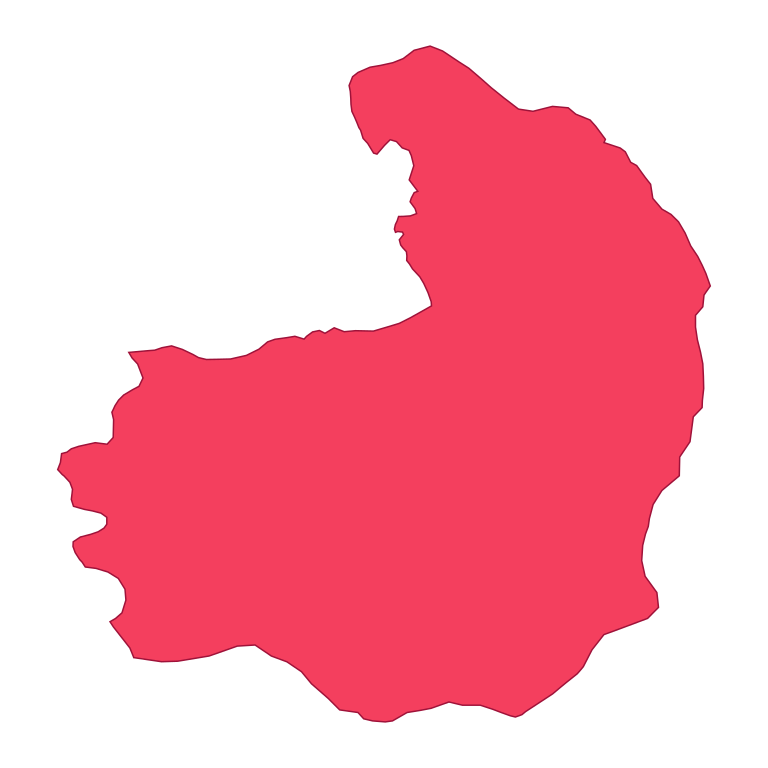 the district of Kerouane, Kérouané, Guinea
{"feature_id": "49546643B6018429350706", "entity_name": "Kerouane", "entity_type": "district", "adm_level": 2, "iso_a3": "GIN", "parent_name": "Guinea", "parent_adm1": "Kérouané", "projection": "orthographic", "projection_center": [-9.183, 9.346], "detail": "fine", "context": "isolated", "style": "filled", "palette": "rose", "viewbox_px": 768, "rotation_deg": 0, "n_neighbors": 0, "source": "geoboundaries", "source_scale": "gbopen_adm2", "svg_char_len": 3029}
<svg xmlns="http://www.w3.org/2000/svg" viewBox="0 0 768 768"><path d="M705.8,292.4L710.3,286.0L705.9,273.5L702.2,265.3L697.7,256.4L690.7,245.9L685.1,233.0L678.5,221.8L671.0,214.4L662.0,209.2L652.8,198.4L650.6,184.3L645.2,177.4L641.2,171.9L636.7,165.6L630.7,162.3L625.3,151.8L620.2,148.0L604.0,142.6L605.4,139.3L595.8,126.4L590.1,120.0L575.8,114.2L568.2,107.8L552.5,106.4L533.0,111.3L518.5,109.1L504.0,98.0L491.2,87.7L480.7,78.4L468.8,68.2L459.4,62.2L442.6,51.0L430.1,46.1L414.1,50.3L403.2,58.6L392.9,62.7L380.6,65.4L370.1,67.2L358.1,72.4L352.6,76.7L349.1,85.5L350.3,91.5L350.8,98.5L351.0,104.4L351.9,111.4L354.7,117.4L356.9,122.5L358.9,127.6L360.6,130.2L363.1,138.4L367.7,143.4L373.6,153.1L377.0,154.1L384.5,145.4L390.2,139.7L396.5,141.6L402.2,147.9L409.0,150.4L411.3,155.6L413.8,165.7L409.2,179.9L417.8,191.3L414.2,192.6L411.3,198.1L410.1,201.8L415.1,208.6L416.6,213.6L410.4,215.9L403.3,216.4L398.6,216.5L397.2,220.8L395.4,224.5L394.4,229.1L395.5,232.3L397.8,231.5L402.5,232.1L403.6,234.4L399.3,239.8L400.7,245.0L402.8,247.8L406.4,251.7L406.9,255.9L406.7,260.5L409.5,264.0L412.5,268.9L419.8,276.8L423.7,283.3L428.0,292.6L431.2,301.7L431.5,305.9L410.3,317.8L399.2,323.4L387.3,327.0L373.4,331.1L355.5,330.7L344.2,331.7L334.2,327.8L325.0,333.3L319.4,330.5L312.6,331.9L306.5,336.4L304.1,339.1L294.9,336.3L286.5,337.7L274.9,339.3L267.6,341.9L258.9,349.2L246.4,355.4L230.5,359.0L218.3,359.3L206.4,359.5L198.5,357.6L193.0,354.5L182.3,349.4L171.6,345.9L162.0,347.7L154.7,350.2L149.1,350.6L128.8,352.4L132.1,358.0L137.8,364.2L137.9,364.7L143.0,378.0L139.0,386.3L132.4,389.8L123.7,395.0L118.6,400.1L115.0,405.7L113.2,409.6L111.9,412.2L113.6,419.6L113.2,437.5L107.1,444.2L95.2,442.7L78.8,446.3L71.3,448.8L66.9,452.2L61.6,453.6L60.4,462.6L57.7,469.6L62.2,474.5L64.1,476.0L69.9,482.3L72.5,489.2L72.1,493.1L71.3,499.4L73.5,506.3L84.5,509.4L92.4,510.9L100.9,513.1L106.8,517.3L106.8,524.2L105.9,525.5L104.0,528.1L98.1,531.8L90.8,534.3L80.4,537.0L73.2,541.8L73.0,546.5L75.2,552.6L79.7,559.6L82.1,562.1L85.3,567.0L96.1,568.4L107.9,572.0L118.3,578.4L125.0,589.2L125.9,600.1L122.0,612.8L115.5,618.5L110.0,621.7L113.4,626.9L129.9,648.0L133.6,657.1L133.7,657.6L161.5,661.7L177.7,661.2L209.1,656.0L237.3,646.1L255.1,645.0L271.3,656.0L286.9,661.8L301.5,671.7L311.5,683.8L328.2,698.4L339.7,709.9L358.0,712.5L363.7,718.8L372.6,720.9L385.2,721.9L392.5,720.9L407.1,712.5L420.2,710.4L431.1,708.3L448.9,702.0L462.5,705.2L480.3,705.2L492.8,709.3L501.2,712.5L510.4,715.8L515.4,717.0L519.4,715.6L522.0,714.6L525.6,711.6L552.6,693.9L560.7,687.1L566.3,682.5L577.2,673.8L579.6,671.1L583.3,666.7L592.0,649.8L602.5,636.4L603.9,634.6L620.3,628.6L647.6,618.4L655.0,610.9L658.5,607.4L656.9,592.6L645.1,576.3L641.7,560.6L642.7,545.4L645.5,534.0L648.3,526.4L649.4,518.5L653.1,504.5L661.9,490.5L664.6,488.2L679.3,475.8L679.7,457.0L690.0,441.7L693.3,416.8L702.1,407.6L702.4,400.4L703.7,388.5L703.4,376.2L702.8,363.8L700.5,352.1L697.4,339.8L695.5,327.1L695.5,319.7L695.5,315.3L702.8,306.8L704.0,295.1L705.8,292.4Z" fill="#f43f5e" stroke="#9f1239" stroke-width="1.5"/></svg>